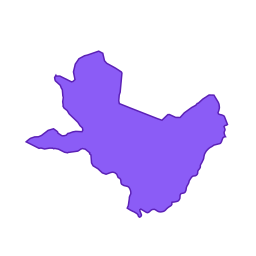 San José del Golfo, Guatemala (Albers equal-area conic projection), rotated 120°
{"feature_id": "79465075B18750582081906", "entity_name": "San José del Golfo", "entity_type": "district", "adm_level": 2, "iso_a3": "GTM", "parent_name": "Guatemala", "parent_adm1": "", "projection": "albers", "projection_center": [-90.366, 14.787], "detail": "fine", "context": "isolated", "style": "filled", "palette": "violet", "viewbox_px": 256, "rotation_deg": 120, "n_neighbors": 0, "source": "geoboundaries", "source_scale": "gbopen_adm2", "svg_char_len": 3455}
<svg xmlns="http://www.w3.org/2000/svg" viewBox="0 0 256 256"><g transform="rotate(120 128 128)"><path d="M56.6,70.0L57.1,71.0L58.9,74.3L65.6,77.7L71.3,79.5L72.1,80.3L74.5,80.7L78.4,83.1L86.7,86.8L92.8,88.1L95.0,92.0L95.6,98.8L96.5,100.2L104.3,102.5L105.2,107.3L109.6,136.5L111.2,147.7L109.1,149.6L103.8,152.1L100.9,152.7L83.5,160.7L82.8,161.7L82.4,168.6L82.6,178.8L81.5,182.0L75.9,187.2L76.1,191.8L85.1,199.6L87.2,201.8L92.5,205.1L99.0,205.6L106.7,203.3L112.6,198.1L115.2,198.9L116.3,200.1L117.1,213.0L118.9,216.1L118.4,216.8L121.0,216.8L122.9,215.2L123.5,214.4L124.9,208.0L126.7,205.8L127.7,204.0L131.3,201.5L132.5,200.7L133.9,199.3L137.9,197.7L140.7,195.5L141.5,195.3L142.7,193.4L143.3,189.4L145.2,186.0L148.1,174.3L150.0,170.6L150.7,167.5L152.5,166.0L154.2,166.0L157.0,171.5L158.9,173.8L161.8,176.2L162.8,177.4L165.1,177.9L166.6,179.4L167.7,181.1L167.7,182.3L167.5,186.0L166.6,187.0L166.3,188.2L165.9,192.1L170.0,196.0L177.8,199.2L180.4,201.2L182.4,204.4L185.7,207.3L187.5,208.1L189.9,209.0L190.9,209.3L190.1,194.9L188.8,193.3L187.9,189.8L184.6,185.8L183.1,183.1L183.1,181.9L182.3,181.2L181.1,177.7L180.7,170.8L179.7,167.9L179.0,167.5L174.6,161.8L173.1,159.9L172.0,159.3L170.0,158.4L168.6,157.2L167.7,154.4L168.6,148.7L169.5,148.4L169.9,146.6L176.5,142.1L178.2,139.3L178.3,133.7L179.7,127.8L179.0,123.9L175.1,120.6L173.8,119.1L173.3,117.1L173.6,114.7L175.8,111.8L175.8,110.9L175.7,110.1L176.2,108.8L176.9,108.1L179.0,106.6L179.8,105.5L179.9,104.6L179.9,103.0L179.6,101.9L179.3,100.9L178.8,99.2L178.8,98.1L179.0,97.3L179.4,96.6L180.2,95.4L180.9,94.6L182.0,93.6L183.1,92.9L184.1,92.6L184.9,92.6L185.6,92.5L186.5,92.4L187.7,92.0L188.6,91.5L193.6,89.5L195.5,88.8L196.7,88.8L197.8,88.6L197.9,86.0L197.9,85.1L197.9,84.1L197.8,83.2L197.8,82.4L197.6,81.1L197.6,79.6L197.7,77.4L198.1,76.0L198.9,75.3L199.4,74.3L199.4,73.3L198.3,72.7L197.2,72.6L196.3,73.1L193.9,76.2L192.9,76.9L191.8,76.4L191.8,75.3L191.9,70.0L191.6,68.8L191.1,68.3L190.1,67.7L189.1,67.4L188.2,67.1L187.1,66.7L186.3,66.0L185.6,65.1L185.2,64.4L185.1,63.3L185.2,61.7L185.2,60.0L184.9,59.0L184.6,58.2L184.2,57.6L183.7,56.9L182.7,55.8L182.1,55.3L180.9,54.7L179.9,54.4L178.8,54.2L177.9,53.9L177.0,53.6L176.1,53.2L174.4,52.3L173.5,51.9L172.3,51.8L171.3,52.4L170.3,52.8L169.7,52.0L169.0,51.0L168.3,50.2L167.4,49.2L166.8,48.6L165.9,48.0L164.8,47.8L163.8,47.8L163.0,47.9L161.7,48.5L160.2,49.3L159.1,49.4L158.4,49.3L157.5,48.5L157.1,47.9L156.2,47.0L155.2,46.5L154.1,46.5L152.8,46.7L151.8,47.1L151.1,47.4L150.3,47.7L148.9,47.9L145.9,47.9L144.7,48.1L143.4,48.5L142.4,48.6L141.2,48.5L140.3,48.5L139.5,48.4L137.9,48.1L137.1,47.6L136.4,46.7L135.5,45.6L134.7,45.2L133.6,44.9L132.5,45.0L131.5,45.5L130.4,46.0L129.3,46.0L128.6,45.9L127.6,45.7L126.3,45.7L125.5,45.9L124.9,46.3L124.1,46.7L123.2,46.8L122.4,46.8L120.8,46.8L119.5,46.9L118.5,47.0L117.7,47.0L116.4,47.3L115.2,47.8L113.7,48.3L112.1,48.7L111.2,48.7L109.8,48.7L109.1,48.7L108.0,48.5L106.8,48.2L105.9,48.0L104.8,47.6L103.7,47.1L102.6,46.4L101.7,45.9L100.8,45.5L99.8,45.0L95.6,40.7L95.0,40.3L94.1,40.2L93.2,40.2L92.1,40.4L89.9,40.8L88.7,40.8L87.6,40.2L86.8,39.2L86.4,40.0L85.8,40.7L84.7,41.9L83.7,42.6L82.7,42.8L81.7,42.9L81.0,43.1L80.3,43.7L79.3,44.9L78.7,45.6L77.5,45.3L76.1,44.0L75.2,43.6L70.0,50.1L69.6,50.9L69.6,51.7L69.7,52.8L70.0,54.1L70.3,54.8L70.5,55.8L70.5,56.7L69.8,57.7L68.6,57.9L67.5,58.1L66.6,58.4L65.7,58.6L64.7,59.0L64.1,59.4L62.5,60.6L61.8,61.2L61.0,62.2L60.5,62.9L56.6,70.0Z" fill="#8b5cf6" stroke="#5b21b6" stroke-width="1.5"/></g></svg>